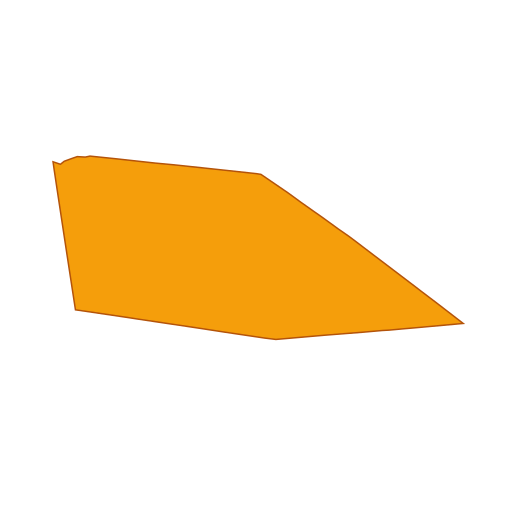 the district of Trindade, Pernambuco, Brazil, rotated 99°
{"feature_id": "56859067B27392438986791", "entity_name": "Trindade", "entity_type": "district", "adm_level": 2, "iso_a3": "BRA", "parent_name": "Brazil", "parent_adm1": "Pernambuco", "projection": "robinson", "projection_center": [-40.306, -7.706], "detail": "fine", "context": "isolated", "style": "filled", "palette": "amber", "viewbox_px": 512, "rotation_deg": 99, "n_neighbors": 0, "source": "geoboundaries", "source_scale": "gbopen_adm2", "svg_char_len": 750}
<svg xmlns="http://www.w3.org/2000/svg" viewBox="0 0 512 512"><g transform="rotate(99 256 256)"><path d="M194.7,471.2L202.2,468.9L218.4,463.8L284.2,442.9L337.4,425.9L336.8,371.4L336.8,364.1L336.2,299.1L336.1,274.2L335.8,245.0L335.7,234.6L335.3,223.3L323.3,175.0L314.4,137.9L309.8,119.5L308.4,113.0L304.8,98.8L302.3,88.7L290.2,40.8L274.1,70.3L269.5,78.9L264.9,87.5L260.9,94.8L258.5,99.3L240.2,133.4L236.3,140.7L230.0,152.4L227.4,157.2L222.1,167.2L216.3,179.2L208.7,194.1L205.3,200.9L203.0,205.7L195.8,220.3L188.3,234.9L186.2,239.4L174.6,263.9L174.6,268.5L177.3,322.9L178.8,351.8L180.0,370.3L181.9,410.1L183.3,435.6L185.0,440.1L185.8,448.1L188.4,453.0L192.4,460.2L196.0,463.5L194.7,471.2Z" fill="#f59e0b" stroke="#b45309" stroke-width="1.5"/></g></svg>